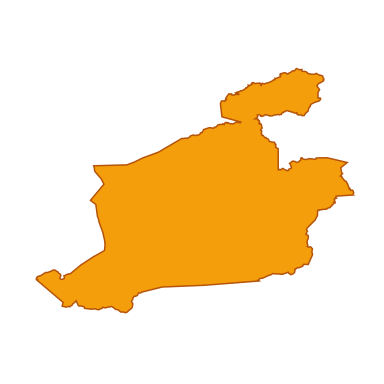 outline of Nawa, Bas-Sassandra, Ivory Coast, rotated 266°
{"feature_id": "98640826B56207519899242", "entity_name": "Nawa", "entity_type": "district", "adm_level": 2, "iso_a3": "CIV", "parent_name": "Ivory Coast", "parent_adm1": "Bas-Sassandra", "projection": "equal_earth", "projection_center": [-6.491, 5.911], "detail": "fine", "context": "isolated", "style": "filled", "palette": "amber", "viewbox_px": 384, "rotation_deg": 266, "n_neighbors": 0, "source": "geoboundaries", "source_scale": "gbopen_adm2", "svg_char_len": 6041}
<svg xmlns="http://www.w3.org/2000/svg" viewBox="0 0 384 384"><g transform="rotate(266 192 192)"><path d="M98.6,252.9L99.0,252.5L99.2,251.4L101.0,254.0L101.2,256.9L103.2,261.9L103.9,265.0L105.1,267.1L104.6,268.7L104.1,273.6L103.6,275.1L103.9,276.6L103.6,277.0L104.2,278.0L104.5,280.2L105.3,282.2L105.2,282.5L104.0,283.0L103.6,283.9L102.8,284.4L102.6,285.0L102.9,285.4L103.3,287.2L104.9,288.9L107.2,289.1L107.9,289.5L107.6,289.9L108.8,291.0L109.1,292.1L108.9,293.3L110.3,297.3L111.2,297.4L111.7,298.4L112.1,298.5L111.8,300.2L112.0,301.0L111.5,302.8L121.1,307.9L123.9,307.4L127.0,308.2L128.9,306.6L129.1,305.8L128.8,304.5L129.6,303.2L129.9,303.6L131.3,303.8L133.2,303.1L133.6,303.4L135.6,303.5L136.8,304.4L139.4,305.0L140.8,304.6L141.6,302.9L142.1,302.7L142.7,303.3L144.0,303.6L144.8,304.5L146.7,303.6L148.0,304.3L155.6,313.0L159.8,315.5L165.1,316.1L165.2,317.3L164.8,318.0L165.3,318.6L165.2,319.5L165.5,320.3L165.5,325.1L166.5,326.5L166.9,328.7L167.8,329.3L168.5,330.6L169.3,331.0L169.5,331.6L170.6,332.3L171.4,332.4L171.0,333.2L171.3,333.5L171.2,334.0L172.7,334.0L173.1,333.3L174.2,333.6L174.6,333.4L175.2,333.7L175.4,334.6L175.8,334.5L175.9,335.7L176.6,335.1L177.8,335.6L177.8,352.4L178.0,352.1L179.9,353.3L182.3,352.6L182.6,352.2L182.5,350.6L183.1,350.5L183.6,349.3L184.2,349.9L184.6,349.8L185.0,348.9L185.6,349.0L186.2,348.5L189.0,347.9L190.1,347.1L191.8,346.7L192.5,344.9L193.3,344.7L195.3,343.1L197.2,342.3L197.6,341.1L200.0,343.5L200.8,342.6L205.9,342.1L210.6,348.9L216.7,329.3L217.3,318.3L216.4,318.2L216.1,316.9L217.1,311.4L216.4,307.8L217.1,305.0L218.2,304.4L218.5,303.7L218.1,302.9L216.5,302.8L214.6,300.3L214.1,298.7L215.2,297.0L215.8,295.0L215.6,294.2L214.3,292.1L213.6,291.3L212.6,292.3L211.6,292.1L210.3,292.9L208.9,292.8L208.2,290.7L207.6,289.8L206.9,289.7L206.6,289.2L206.7,288.2L208.0,285.8L209.2,284.3L209.1,283.6L207.9,282.0L208.4,280.9L208.1,279.6L229.2,281.0L230.9,278.4L232.3,279.0L233.3,278.3L233.8,278.9L234.9,277.7L235.9,277.7L236.1,275.7L237.1,272.7L239.4,271.8L240.4,270.0L241.1,269.7L241.1,268.5L243.4,266.9L243.4,265.9L244.0,265.5L244.7,265.7L245.2,265.2L248.1,265.8L248.7,264.7L249.0,264.7L251.0,266.5L251.8,265.9L252.9,266.2L255.0,265.6L255.0,264.3L255.8,264.5L255.8,263.6L257.6,264.3L258.4,264.0L259.3,262.7L259.7,262.9L259.7,262.6L260.2,262.5L260.6,261.5L260.6,260.2L262.1,262.5L263.0,262.8L264.1,262.4L264.4,263.6L264.0,265.6L263.4,266.1L262.9,265.8L262.5,267.0L262.9,268.0L262.9,268.9L263.5,269.5L264.0,270.7L263.6,271.6L263.4,273.0L262.4,274.9L262.4,277.5L263.1,279.8L263.1,281.7L263.4,283.1L262.9,284.5L263.2,285.8L263.1,286.5L265.0,287.7L264.8,288.6L265.7,289.5L265.7,290.5L266.6,292.1L266.3,293.4L265.7,294.3L265.5,295.8L264.6,297.2L264.7,298.2L263.6,299.7L263.4,301.6L263.7,302.2L262.2,302.2L261.5,303.4L261.3,306.1L261.0,306.9L260.5,307.1L260.4,309.2L262.6,310.8L264.6,313.5L267.3,314.2L269.2,316.0L270.4,316.1L270.9,316.6L271.5,317.4L272.9,320.7L273.9,325.0L274.4,325.8L275.9,326.9L276.9,326.3L276.8,324.8L277.1,324.2L282.8,324.7L285.2,326.4L289.2,324.0L291.4,325.8L292.1,327.9L293.8,331.1L294.7,330.8L295.4,331.5L296.9,330.7L298.6,330.4L299.6,328.1L299.7,327.1L301.7,324.2L301.0,322.8L300.9,322.0L301.2,319.2L301.6,318.3L301.6,316.7L303.6,314.7L304.5,312.8L304.6,310.8L304.9,310.1L306.0,309.7L306.5,310.1L306.6,307.1L307.8,305.2L307.8,304.8L307.4,304.1L305.7,302.7L305.8,300.5L304.5,298.8L303.8,296.9L303.0,295.8L303.0,295.3L303.8,294.7L304.6,292.6L304.4,291.1L303.8,290.4L304.0,289.0L303.3,288.0L302.6,288.6L301.9,288.0L301.5,288.4L300.9,288.2L299.5,284.1L299.6,282.6L298.9,282.9L298.3,282.6L298.1,281.1L297.0,279.4L295.6,275.6L295.4,273.5L294.7,271.6L295.5,270.1L295.4,269.4L295.0,268.7L294.3,269.0L293.4,268.4L293.6,268.0L294.8,268.0L296.0,267.4L296.1,266.7L295.6,265.9L296.0,264.5L295.8,262.5L295.9,262.0L296.9,261.0L296.7,259.5L296.0,259.0L295.8,259.8L294.8,258.7L294.4,256.8L294.7,255.6L293.5,256.0L293.3,255.0L292.0,254.0L292.2,253.1L290.5,251.3L289.5,248.6L289.6,247.6L288.7,245.7L288.5,243.6L287.8,243.3L287.7,242.4L287.1,243.2L287.0,245.3L286.3,245.2L285.6,245.8L286.5,244.1L286.2,243.2L286.6,242.4L286.0,241.7L285.7,239.6L285.9,238.7L286.7,238.7L287.2,238.0L286.8,237.2L287.2,236.5L287.3,235.5L283.1,232.1L282.4,232.3L281.8,232.9L281.0,231.2L280.2,231.0L280.8,228.9L280.7,227.8L278.3,226.5L264.9,227.1L258.4,245.6L257.9,245.4L257.7,245.0L258.1,244.1L257.9,243.1L258.5,242.7L258.9,241.5L257.0,237.7L257.4,236.1L257.4,234.6L258.5,233.1L258.7,231.9L258.3,231.7L258.4,231.4L258.9,231.2L259.1,230.7L257.9,228.7L257.7,228.5L257.4,228.9L257.0,228.8L257.8,227.2L257.2,226.7L257.5,225.0L257.2,224.1L257.4,222.9L255.4,220.8L255.0,218.9L254.1,218.1L255.0,213.9L253.6,208.4L253.5,208.0L252.4,207.6L251.8,206.7L250.6,206.4L250.4,204.6L249.2,204.0L248.6,203.1L248.1,198.8L248.8,197.3L248.0,194.3L246.8,193.1L246.0,191.6L246.2,188.9L245.9,187.4L246.2,185.7L234.1,161.3L229.4,145.2L225.9,136.6L223.6,128.8L225.0,95.8L222.6,96.3L220.7,96.2L218.9,96.8L211.7,102.2L206.0,104.7L190.7,90.1L186.3,95.2L174.2,96.0L172.6,96.6L168.3,97.2L158.0,100.2L150.3,101.4L145.7,101.6L140.0,100.7L139.3,99.8L134.2,89.0L127.1,76.3L118.8,64.7L118.9,63.0L118.1,60.3L117.5,59.5L117.3,58.4L114.9,58.7L114.0,57.1L114.0,55.4L114.7,54.3L115.7,54.3L117.9,55.4L119.2,54.9L119.8,54.3L120.3,53.3L121.7,52.7L122.5,51.1L123.4,50.4L123.8,48.9L123.8,47.9L123.0,46.3L121.7,42.0L122.0,40.4L119.5,36.0L118.7,33.6L118.6,32.5L117.6,31.2L116.4,30.7L115.4,32.0L114.9,31.7L114.9,31.2L114.5,31.6L90.9,55.7L87.2,54.5L87.0,54.9L85.9,58.5L86.4,59.7L86.4,60.8L86.0,62.2L86.6,62.8L87.4,64.4L88.6,65.2L90.9,68.3L91.6,68.8L86.6,70.7L86.1,71.6L86.0,73.4L85.3,75.8L84.8,76.4L83.4,76.7L82.1,83.7L82.2,87.1L81.0,90.5L81.4,91.6L81.7,91.8L82.0,93.7L82.8,94.8L83.2,94.9L82.6,96.7L82.6,98.7L83.2,100.3L82.9,101.4L83.5,103.8L81.3,106.7L80.4,107.3L79.6,110.0L77.2,112.6L77.1,115.0L76.2,117.2L76.9,119.3L78.0,120.4L80.3,123.7L81.4,124.4L84.5,125.2L86.8,123.9L89.4,125.6L90.4,125.6L92.2,127.4L91.9,128.6L92.9,130.5L94.5,131.2L95.0,131.8L94.9,133.3L95.4,134.9L95.7,135.2L99.3,155.5L98.1,197.6L98.6,252.9Z" fill="#f59e0b" stroke="#b45309" stroke-width="1.5"/></g></svg>